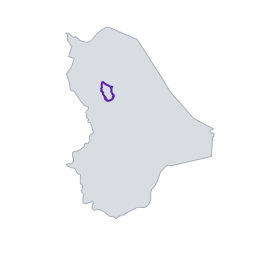 location of Afaq, Al-Qādisiyyah, Iraq, rotated 198°
{"feature_id": "34846034B39567841057501", "entity_name": "Afaq", "entity_type": "district", "adm_level": 2, "iso_a3": "IRQ", "parent_name": "Iraq", "parent_adm1": "Al-Qādisiyyah", "projection": "mercator", "projection_center": [45.306, 32.022], "detail": "fine", "context": "in_parent", "style": "outline", "palette": "violet", "viewbox_px": 256, "rotation_deg": 198, "n_neighbors": 0, "source": "geoboundaries", "source_scale": "gbopen_adm2", "svg_char_len": 5054}
<svg xmlns="http://www.w3.org/2000/svg" viewBox="0 0 256 256"><g transform="rotate(198 128 128)"><path d="M104.5,44.2L106.3,43.7L109.5,41.0L111.4,38.4L112.0,38.2L113.7,39.1L114.9,39.3L117.8,38.3L119.4,38.8L120.8,39.5L121.6,39.5L125.4,41.1L126.3,41.3L128.3,41.5L131.2,41.6L133.1,40.6L134.4,39.5L135.3,39.6L136.2,39.8L137.0,40.2L137.6,41.0L137.9,42.1L137.8,45.5L138.1,46.4L138.6,47.0L139.2,47.1L140.0,46.4L141.4,45.3L143.1,44.1L144.4,43.1L145.1,42.7L146.2,42.7L147.3,42.9L147.9,43.4L148.0,43.6L148.5,45.2L150.0,51.2L150.9,51.9L151.9,52.6L152.5,53.5L152.8,54.3L152.7,55.7L152.7,57.3L153.1,58.5L153.7,59.5L154.2,59.9L155.0,60.0L155.9,60.2L156.5,61.1L158.5,67.9L158.7,68.8L159.5,69.0L160.9,68.9L162.3,69.6L163.8,70.7L165.2,72.7L166.2,73.1L169.2,72.8L173.3,73.1L175.2,74.2L175.0,74.8L173.5,75.5L170.9,76.4L170.1,77.8L169.7,79.7L169.8,80.7L170.4,81.9L172.3,84.2L172.4,85.0L172.7,86.2L173.0,86.9L172.7,88.5L171.0,89.5L168.8,90.6L164.4,95.7L164.1,96.8L164.1,99.8L163.7,100.6L162.3,100.6L161.2,100.5L161.2,101.5L160.5,102.9L160.1,104.1L161.7,107.0L162.0,108.5L161.7,109.9L160.2,112.2L159.4,113.8L159.6,114.2L160.7,114.8L164.3,120.0L165.5,121.8L167.0,121.3L167.6,121.4L168.1,121.7L168.3,122.3L168.3,123.0L168.0,124.2L169.9,124.7L170.6,125.9L172.9,129.9L172.8,131.1L171.7,133.0L171.7,134.2L171.9,135.3L172.3,135.7L175.6,135.9L177.0,136.3L180.5,138.4L184.5,141.5L187.7,144.1L190.5,146.3L193.4,146.1L194.2,146.5L195.0,147.2L195.8,149.0L197.5,153.0L199.0,154.4L201.2,157.6L203.3,160.6L201.9,164.7L200.6,168.9L200.6,174.4L200.6,177.4L203.4,177.5L206.5,177.6L206.6,181.1L206.6,184.6L206.6,188.6L207.5,188.8L209.0,189.6L209.6,190.9L210.4,191.6L211.4,191.8L212.3,192.4L213.2,193.5L213.6,194.4L213.3,195.0L213.5,196.1L214.2,197.6L215.0,198.3L216.2,199.1L214.5,199.6L212.7,199.3L208.9,197.5L207.7,197.5L206.0,198.1L206.0,198.7L201.9,196.8L200.4,196.4L199.9,196.3L197.6,196.3L194.3,196.7L192.3,197.5L191.0,198.3L190.4,199.2L190.1,199.6L189.1,202.0L187.9,205.2L186.6,208.0L184.1,211.9L182.8,213.7L179.8,217.1L176.7,217.8L169.3,217.1L161.2,216.4L153.1,215.6L147.1,215.1L146.6,214.9L140.6,210.1L135.9,206.3L130.1,201.5L124.0,196.6L117.9,191.6L113.5,188.0L108.1,183.3L103.2,179.1L99.4,175.7L94.4,172.8L90.5,170.4L84.9,167.1L80.4,164.4L76.5,162.1L70.6,158.5L68.6,157.5L62.4,156.3L56.6,155.3L50.5,154.3L46.5,153.6L49.2,151.0L48.4,148.7L46.4,149.2L44.6,149.7L43.6,146.1L44.9,145.7L43.7,141.0L42.3,136.2L41.1,131.6L39.8,126.8L44.9,123.7L48.7,121.4L54.1,118.2L59.2,115.1L64.1,112.1L69.5,108.9L74.4,105.9L78.8,104.7L79.8,103.8L81.8,99.8L83.5,96.4L83.6,95.6L83.6,90.7L83.9,84.9L84.5,81.8L85.5,79.1L86.4,77.1L86.5,75.2L86.4,73.3L85.4,70.5L84.4,67.5L84.5,64.6L84.7,63.0L85.3,60.5L86.4,58.7L87.5,57.6L91.7,56.4L94.2,55.7L97.6,52.5L99.6,50.6L102.3,47.5L104.4,45.3L104.5,44.5L104.5,44.2Z" fill="#d9dde1" stroke="#a8b0b8" stroke-width="1"/><path d="M163.4,154.3L163.2,154.3L162.9,154.1L162.7,154.0L162.5,153.7L162.4,153.5L162.3,153.0L162.2,152.7L162.1,152.3L161.6,152.0L161.3,151.8L160.8,151.5L160.7,151.4L160.5,151.2L160.2,151.0L160.0,150.9L159.8,150.7L159.6,150.6L159.4,150.4L159.6,150.1L159.6,149.8L159.4,149.8L159.0,149.8L158.8,149.8L158.7,149.8L158.7,149.1L158.7,148.8L158.7,148.7L158.3,148.7L157.7,148.6L157.4,148.6L157.2,148.6L157.1,148.2L157.0,147.9L157.0,147.6L156.7,147.6L156.3,147.5L156.1,147.5L155.8,147.6L155.5,147.7L155.4,147.8L155.2,147.8L154.8,148.0L154.2,148.2L154.0,148.3L153.9,148.4L153.8,148.5L153.7,148.7L153.6,148.8L153.4,149.0L153.2,149.1L153.0,149.3L152.8,149.4L152.6,149.6L152.4,149.9L152.3,150.0L152.1,150.3L151.9,150.5L151.8,150.9L151.7,151.0L151.6,151.3L151.5,151.5L151.6,151.9L151.6,152.0L151.8,152.4L151.8,152.5L151.7,152.6L151.8,152.7L152.0,152.8L152.0,153.0L151.9,153.1L151.7,153.3L151.4,153.4L151.4,153.5L151.3,153.9L151.3,154.0L151.3,154.3L151.3,154.5L151.3,154.9L151.3,155.0L151.2,155.0L151.3,155.0L151.5,155.0L151.6,154.9L151.7,154.7L151.8,154.6L151.9,154.8L152.3,154.9L152.6,155.0L152.9,155.0L153.0,155.1L153.1,155.3L153.1,155.5L153.3,155.7L153.5,155.9L153.6,156.1L153.8,156.3L154.0,156.3L154.2,156.5L154.8,156.9L154.8,157.1L155.2,157.8L155.3,158.2L155.3,158.6L155.5,159.0L155.7,159.6L156.0,160.2L156.2,160.4L155.9,161.1L156.0,161.6L156.0,162.2L156.3,162.1L156.5,162.1L156.5,161.8L156.6,161.7L156.8,161.7L157.1,161.8L157.4,161.8L157.6,161.8L157.8,161.9L158.2,161.9L158.5,162.0L158.8,162.0L159.0,162.1L159.5,162.3L159.8,162.4L160.0,162.4L160.3,162.4L160.6,162.4L160.8,162.4L161.2,162.5L161.5,162.5L162.1,162.6L162.3,162.7L162.6,162.8L162.8,162.8L163.0,162.9L163.3,163.0L163.5,163.0L164.0,163.2L164.2,163.3L164.4,163.4L164.8,163.5L165.2,163.7L165.7,163.8L166.0,164.0L166.3,163.8L166.5,163.7L166.7,163.4L166.7,162.9L166.7,162.6L166.4,161.8L166.4,161.5L166.4,161.2L166.4,160.9L166.3,160.7L166.2,160.6L166.1,160.1L165.9,159.7L165.8,159.3L165.6,159.0L165.5,158.7L165.4,158.6L165.4,158.1L165.5,157.9L165.6,157.5L165.7,157.3L165.5,157.0L165.3,156.7L165.0,156.3L164.8,156.1L164.7,155.9L164.6,155.7L164.9,155.4L165.0,155.3L165.0,155.2L164.9,155.0L164.7,154.9L164.2,154.7L163.8,154.5L163.7,154.4L163.4,154.3Z" fill="none" stroke="#5b21b6" stroke-width="2"/></g></svg>